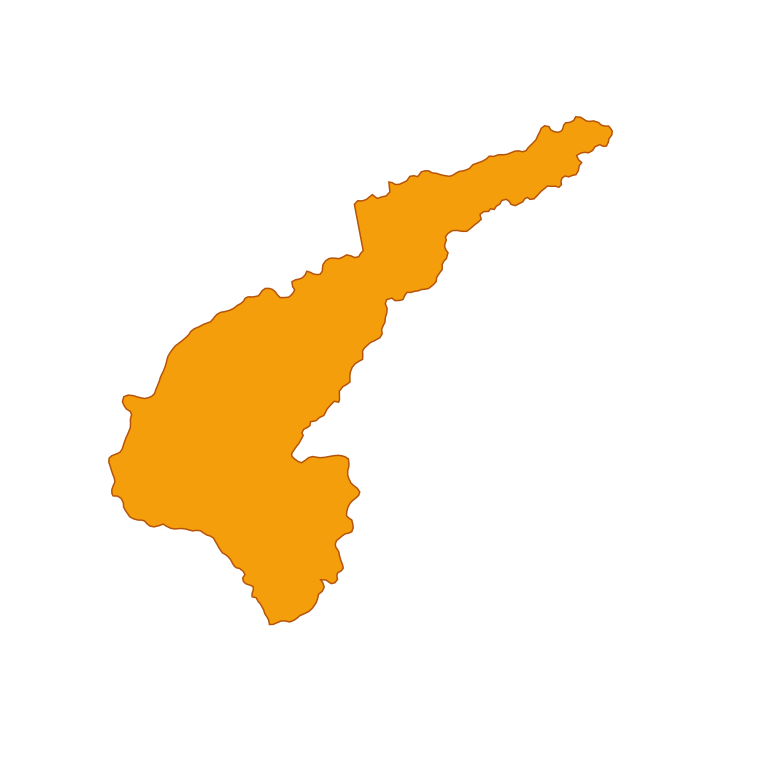 outline of Pai Pedro, Minas Gerais, Brazil, rotated 73°
{"feature_id": "56859067B12546886236538", "entity_name": "Pai Pedro", "entity_type": "district", "adm_level": 2, "iso_a3": "BRA", "parent_name": "Brazil", "parent_adm1": "Minas Gerais", "projection": "robinson", "projection_center": [-43.166, -15.349], "detail": "fine", "context": "isolated", "style": "filled", "palette": "amber", "viewbox_px": 768, "rotation_deg": 73, "n_neighbors": 0, "source": "geoboundaries", "source_scale": "gbopen_adm2", "svg_char_len": 5707}
<svg xmlns="http://www.w3.org/2000/svg" viewBox="0 0 768 768"><g transform="rotate(73 384 384)"><path d="M264.8,282.4L261.3,282.2L258.7,278.8L257.3,273.8L258.5,269.3L260.8,264.7L262.2,260.2L260.3,255.3L258.4,251.1L256.9,247.0L254.9,242.9L250.0,242.7L248.3,238.2L249.5,233.6L247.6,231.0L249.3,227.5L246.7,224.5L245.8,220.7L242.9,217.7L243.1,213.1L246.2,210.7L249.3,210.1L251.8,206.3L251.0,201.6L250.3,197.9L248.0,195.3L247.5,192.2L250.1,190.5L250.8,186.4L248.3,181.9L245.5,177.1L244.1,173.5L242.5,170.0L243.8,166.4L245.0,162.2L247.0,159.2L245.3,156.1L242.0,155.5L239.2,153.7L238.0,150.0L239.9,146.8L239.6,143.1L239.9,139.2L236.8,135.8L232.3,133.4L230.0,130.2L226.2,132.5L221.8,133.0L220.7,128.4L221.1,124.3L222.7,120.8L221.7,116.3L218.8,112.8L218.2,107.6L220.7,105.0L221.5,101.8L218.6,99.0L215.2,97.1L212.4,93.3L208.9,91.8L205.8,92.6L203.0,93.8L201.9,97.4L200.0,100.5L196.7,102.4L193.7,106.6L193.0,110.6L191.6,113.6L189.2,115.6L186.4,118.0L184.5,122.6L187.4,125.5L188.2,129.4L187.3,133.9L189.0,136.5L191.6,138.0L193.9,140.2L194.3,143.8L192.3,147.6L189.8,150.2L186.1,151.0L184.0,155.0L185.5,159.0L188.2,161.1L191.1,164.0L194.8,167.2L197.3,171.5L198.9,174.7L200.6,177.7L202.4,179.9L202.4,183.5L200.3,187.4L199.6,190.8L200.0,195.6L200.3,199.3L199.7,202.7L198.2,207.8L198.5,212.2L196.9,216.7L198.8,220.6L199.8,225.4L200.0,230.4L200.3,235.0L203.0,239.5L203.4,245.1L202.7,250.0L203.5,253.9L204.5,257.1L204.5,260.8L202.1,265.7L200.2,269.0L198.0,272.0L196.2,276.2L193.3,278.9L192.1,282.5L192.0,286.3L193.8,288.6L195.5,291.4L193.5,294.6L193.0,298.6L196.3,302.7L197.0,306.8L197.5,310.9L196.6,314.7L193.8,317.4L192.3,320.3L196.9,321.2L202.0,322.2L204.8,327.0L204.4,331.6L204.6,336.0L202.1,338.1L199.5,339.7L200.8,343.1L202.4,347.0L202.5,351.3L201.1,355.7L203.5,359.8L250.4,364.9L252.1,367.9L254.9,371.1L254.5,375.1L252.0,377.9L249.6,381.9L250.6,386.5L251.0,390.3L249.7,393.3L248.5,396.5L247.9,399.7L249.1,403.8L251.8,407.3L254.5,408.7L257.9,409.9L260.4,413.0L259.7,416.3L258.1,419.4L255.8,421.6L253.6,424.8L256.9,427.8L258.7,431.5L258.8,434.9L258.5,438.3L259.3,442.2L264.3,442.9L267.7,441.9L269.9,443.8L271.8,446.7L273.1,449.8L272.4,453.2L271.0,458.0L267.8,459.8L264.2,460.9L260.8,463.2L259.0,465.9L257.9,469.6L259.2,473.4L261.4,476.0L263.0,478.5L262.4,484.0L260.9,488.6L261.5,491.9L263.6,493.9L265.1,497.2L266.0,501.4L267.6,505.4L268.4,510.0L268.2,515.3L267.7,519.0L268.4,522.9L270.0,525.9L271.7,528.3L273.8,531.7L274.2,539.1L275.2,544.2L275.7,549.3L277.3,553.5L279.6,556.0L281.7,560.1L283.3,563.7L284.7,567.3L286.4,572.1L289.0,576.2L291.7,579.6L294.6,582.7L297.3,584.4L299.9,585.9L303.2,588.1L307.2,591.2L309.9,593.8L312.4,596.0L315.5,598.0L319.4,601.1L322.5,603.7L326.1,606.3L327.9,609.8L328.2,613.2L327.9,617.2L325.8,621.1L324.1,623.9L321.6,627.6L319.8,632.0L320.1,636.6L324.4,639.3L328.2,639.0L332.5,637.7L336.2,634.6L339.5,634.3L341.9,635.9L344.5,637.2L347.7,637.9L351.6,639.4L356.1,643.0L359.7,646.2L362.9,648.7L366.5,651.2L370.0,653.7L372.1,656.6L372.7,661.0L373.0,665.3L374.5,668.5L378.2,670.0L383.2,669.9L387.5,669.9L391.5,669.8L395.1,669.4L399.0,670.0L402.0,672.6L405.5,675.2L409.0,676.2L411.8,675.8L413.4,671.4L416.7,668.8L421.3,668.0L425.5,669.0L428.9,668.4L432.7,667.2L436.6,666.0L439.5,663.2L442.1,659.2L443.3,655.7L444.9,653.1L448.2,651.6L451.6,649.2L453.4,645.6L453.7,640.8L453.4,636.2L456.6,633.4L459.8,629.9L461.6,626.0L462.2,622.9L463.1,619.6L464.6,616.2L466.7,613.0L468.6,609.8L469.0,606.6L470.6,602.5L474.0,599.9L476.7,597.5L478.5,594.7L481.5,592.1L485.4,591.3L488.5,590.5L491.6,589.9L495.4,588.9L498.5,587.7L500.6,585.6L503.3,583.7L507.3,582.0L511.2,581.3L514.2,580.5L516.6,578.9L518.2,576.0L522.0,573.4L525.7,572.7L528.1,575.8L531.7,576.2L534.7,574.5L536.9,571.4L539.3,568.5L542.6,569.1L545.7,571.4L548.9,572.4L551.0,568.7L555.0,568.0L558.6,566.4L564.7,565.2L569.1,565.1L571.9,564.2L576.1,563.3L580.5,563.9L581.5,560.3L581.0,555.9L580.6,551.9L581.5,548.3L584.0,543.7L583.6,539.2L582.5,535.6L580.9,532.2L580.3,526.9L579.5,522.3L577.6,518.3L575.2,515.1L573.1,512.7L570.1,510.4L565.9,508.0L564.2,503.7L560.8,500.6L556.4,500.6L552.7,501.8L554.5,496.7L557.2,494.8L559.5,492.8L559.7,489.0L557.3,485.6L553.5,485.2L551.0,483.5L550.1,479.4L548.2,476.8L544.6,476.5L540.7,476.8L535.3,476.8L531.5,476.3L528.5,477.0L525.8,477.8L522.8,477.4L519.9,475.2L518.6,472.0L517.2,468.8L515.9,465.0L516.3,461.6L515.8,458.0L512.7,455.6L508.9,454.8L504.5,454.6L502.0,456.8L499.0,458.4L494.9,456.8L491.1,454.4L487.9,451.0L486.2,448.0L484.8,444.2L483.0,440.7L480.3,438.8L476.0,440.0L472.4,442.6L469.0,444.6L463.8,445.3L460.7,445.4L456.4,444.1L452.3,441.6L449.1,440.6L445.2,440.0L442.5,442.2L440.5,445.0L438.9,448.4L438.0,452.4L437.3,457.6L436.8,462.2L435.8,466.7L434.2,470.1L432.5,473.4L432.4,477.5L434.1,482.1L435.2,486.0L432.4,489.3L428.9,491.8L426.2,493.2L423.6,492.7L421.0,489.6L418.1,486.0L416.0,482.8L413.0,479.7L409.6,476.3L406.6,476.8L403.8,473.9L403.2,470.0L402.2,467.0L398.6,465.3L399.2,459.6L397.2,455.6L396.5,450.8L394.2,448.4L391.5,446.0L388.7,441.6L386.0,436.6L388.1,432.7L385.7,431.0L382.2,430.1L377.7,428.7L374.6,424.3L373.5,419.7L372.1,415.9L368.9,415.1L366.0,414.2L362.5,412.5L358.6,409.4L356.2,405.8L354.9,401.2L354.2,397.3L350.3,395.9L346.3,394.9L344.2,392.8L342.2,388.9L340.4,385.0L340.0,381.9L339.4,378.6L338.6,374.5L335.5,371.1L331.0,370.3L327.9,367.7L325.3,365.1L320.7,363.2L316.7,360.5L312.7,358.9L307.7,359.3L304.1,356.9L304.2,351.3L307.4,349.2L308.6,345.1L308.8,341.2L305.3,338.1L303.1,335.2L304.3,331.6L304.3,327.4L304.9,324.1L304.6,320.7L305.3,317.2L305.7,313.5L303.6,308.0L301.3,304.2L297.5,302.5L294.4,298.8L291.4,294.8L286.6,293.4L283.9,290.6L282.3,287.6L279.7,286.1L277.3,284.4L273.6,285.6L270.4,285.9L267.6,284.6L264.8,282.4Z" fill="#f59e0b" stroke="#b45309" stroke-width="1.5"/></g></svg>